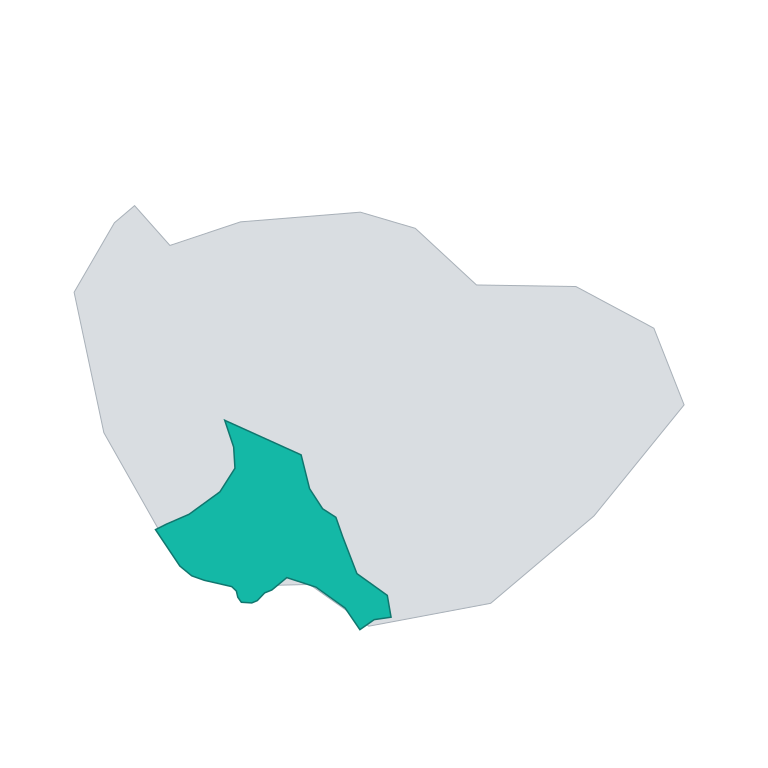 location of Grand Port within Mauritius, rotated 74°
{"feature_id": "MUS-5185", "entity_name": "Grand Port", "entity_type": "District", "adm_level": 1, "iso_a3": "MUS", "parent_name": "Mauritius", "parent_adm1": "", "projection": "albers", "projection_center": [57.689, -20.397], "detail": "fine", "context": "in_parent", "style": "filled", "palette": "teal", "viewbox_px": 768, "rotation_deg": 74, "n_neighbors": 0, "source": "natural_earth", "source_scale": "10m", "svg_char_len": 844}
<svg xmlns="http://www.w3.org/2000/svg" viewBox="0 0 768 768"><g transform="rotate(74 384 384)"><path d="M481.6,636.0L353.6,666.7L210.4,656.6L154.7,598.7L143.8,574.6L191.8,551.6L188.6,477.2L212.3,359.4L243.0,311.0L314.3,267.8L343.2,172.7L404.8,109.2L486.8,101.3L568.7,218.5L624.2,341.9L612.6,465.4L556.2,510.7L537.6,582.0L481.6,636.0Z" fill="#d9dde1" stroke="#a8b0b8" stroke-width="1"/><path d="M610.1,441.5L607.8,458.4L613.5,474.9L588.7,483.1L560.5,505.4L543.3,530.8L551.1,548.6L551.9,556.3L557.3,565.5L558.0,571.4L554.5,581.3L548.7,583.3L542.3,583.0L536.8,586.2L523.2,610.8L515.4,621.7L502.8,630.4L461.0,643.8L458.7,631.7L455.5,607.3L442.4,571.4L423.9,550.5L403.2,545.9L375.0,547.1L429.3,483.2L464.1,484.4L487.0,477.4L498.9,467.0L519.6,465.8L558.8,462.3L588.1,439.1L610.1,441.5Z" fill="#14b8a6" stroke="#0f766e" stroke-width="1.5"/></g></svg>